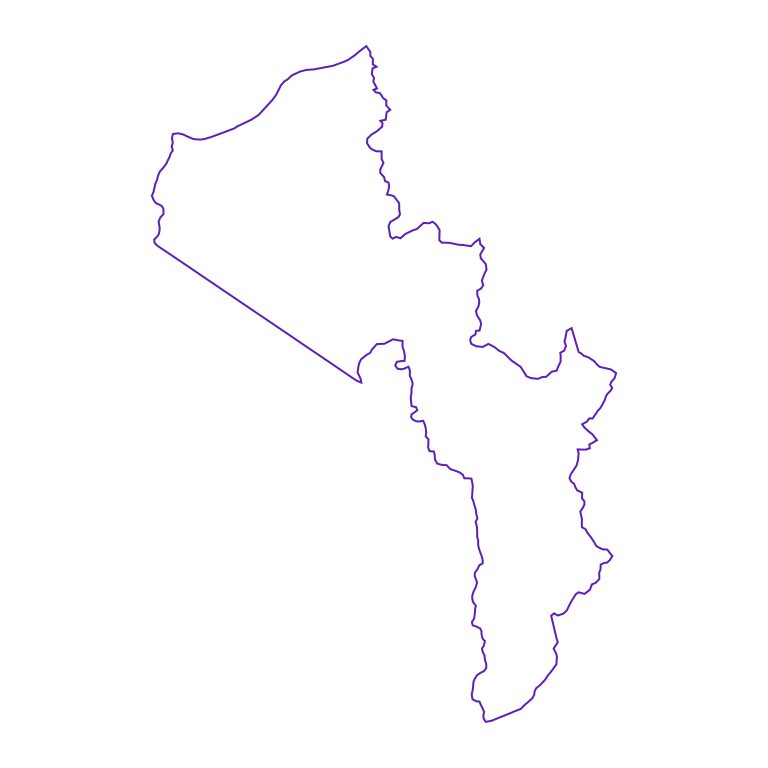 the district of Aragominas, Tocantins, Brazil
{"feature_id": "56859067B19572205876105", "entity_name": "Aragominas", "entity_type": "district", "adm_level": 2, "iso_a3": "BRA", "parent_name": "Brazil", "parent_adm1": "Tocantins", "projection": "mercator", "projection_center": [-48.592, -6.989], "detail": "fine", "context": "isolated", "style": "outline", "palette": "violet", "viewbox_px": 768, "rotation_deg": 0, "n_neighbors": 0, "source": "geoboundaries", "source_scale": "gbopen_adm2", "svg_char_len": 5401}
<svg xmlns="http://www.w3.org/2000/svg" viewBox="0 0 768 768"><path d="M173.0,134.0L171.9,138.2L172.8,142.9L171.7,146.5L172.8,150.4L170.7,153.5L169.4,157.3L168.0,160.0L166.5,163.4L163.4,167.6L159.8,171.6L157.9,176.2L157.1,179.6L155.5,183.4L154.5,187.5L153.6,191.5L151.9,195.8L153.4,199.6L156.0,203.2L159.0,204.5L161.6,205.9L163.4,208.7L163.5,214.1L160.4,217.3L158.6,221.8L159.6,227.1L159.5,231.1L158.6,234.6L156.5,237.3L154.2,239.6L154.6,242.9L157.2,245.6L186.1,265.1L193.8,270.3L201.7,275.7L209.5,281.0L256.0,312.5L261.2,316.0L293.0,337.5L306.3,346.6L314.8,352.3L335.6,366.4L351.7,377.4L356.7,380.7L361.3,382.6L360.6,378.9L359.4,376.1L357.6,372.6L358.4,366.5L359.3,362.8L361.1,359.3L363.7,357.2L366.3,355.1L370.2,352.8L372.0,349.5L374.6,346.6L376.8,344.1L380.4,343.9L384.5,343.8L388.2,341.8L393.1,339.3L398.4,340.4L402.6,340.9L402.5,346.4L404.1,351.6L404.9,356.3L404.6,360.8L400.8,361.2L396.9,361.8L395.2,365.6L397.6,368.7L401.2,369.3L404.3,368.6L408.5,366.7L409.9,370.5L409.8,375.8L411.5,379.5L412.7,383.9L411.5,388.4L411.5,392.9L410.7,397.4L411.1,401.4L411.6,406.1L416.1,407.2L417.3,410.2L414.5,412.4L411.6,414.2L411.1,417.2L412.8,419.6L416.1,421.3L419.4,421.5L423.1,420.8L424.5,423.7L425.7,427.8L426.2,432.4L425.7,436.4L428.4,439.2L428.4,444.0L428.1,447.4L429.5,451.2L433.9,451.5L434.7,455.1L435.0,459.7L437.3,463.6L441.4,464.8L446.7,465.2L450.2,469.0L454.5,470.5L459.2,472.2L462.8,474.7L464.3,478.3L467.7,478.3L471.4,478.6L472.1,482.0L472.8,485.9L472.5,489.6L472.3,493.8L471.9,497.6L473.3,501.0L474.5,505.6L475.8,509.7L476.3,514.1L477.4,518.5L475.6,521.8L476.9,526.6L477.2,532.0L477.2,537.2L478.2,540.1L478.1,543.2L478.4,546.3L479.5,550.4L481.4,555.3L482.6,559.7L482.7,563.4L479.5,565.1L477.4,569.2L474.8,572.9L474.7,575.9L475.8,579.0L477.1,582.5L475.8,587.0L473.7,591.3L472.6,594.3L472.1,597.6L472.9,601.7L475.8,605.8L475.1,609.2L474.8,613.8L474.1,618.6L471.9,622.0L472.7,625.3L476.5,626.6L480.2,628.5L481.5,631.3L481.6,634.7L482.6,638.7L484.9,641.1L483.8,645.7L482.0,648.5L482.6,651.8L484.4,655.0L484.9,659.6L486.2,664.0L486.3,668.1L483.8,671.2L480.2,673.0L476.9,675.4L474.7,678.9L473.5,681.7L473.2,685.6L472.7,690.1L471.7,694.3L472.5,699.2L476.4,701.3L479.5,701.6L480.7,704.6L482.6,708.3L484.1,711.9L483.4,715.2L483.6,718.5L485.8,721.9L491.7,720.7L515.0,711.2L521.0,708.8L524.1,705.4L528.3,701.9L532.4,698.2L534.2,694.8L534.6,691.5L536.1,688.3L539.8,685.4L543.0,682.0L545.2,679.6L547.6,675.9L550.2,672.7L552.6,669.6L556.4,664.2L556.9,656.6L556.2,653.7L553.6,648.5L557.8,642.3L556.4,637.9L554.0,627.6L551.2,615.7L554.1,613.4L557.9,615.5L563.4,613.6L566.7,610.6L568.7,606.5L570.5,602.9L572.7,599.1L575.9,594.2L578.6,592.3L584.6,593.9L590.0,589.6L591.9,584.4L595.7,582.8L599.3,579.0L599.3,576.0L599.2,572.7L600.5,569.2L600.7,564.6L604.1,563.0L607.2,562.5L609.8,560.1L612.4,556.0L609.9,553.0L607.3,549.6L602.6,549.3L599.0,547.6L596.3,546.0L594.2,542.2L591.1,537.5L587.5,532.9L585.4,529.1L582.0,527.3L581.8,523.1L582.0,519.4L580.3,511.5L582.8,507.9L584.5,504.3L584.3,501.2L582.0,498.2L582.2,492.7L577.3,490.4L575.4,487.3L574.2,483.9L571.3,481.7L569.5,478.3L570.3,475.4L571.9,472.6L573.7,469.9L576.6,465.4L578.1,459.7L578.6,453.5L577.7,449.4L582.7,449.6L585.9,449.6L589.8,448.3L589.3,444.5L593.0,442.6L596.9,440.2L594.3,436.8L592.4,434.3L588.5,431.3L584.6,427.7L582.1,424.3L586.9,421.6L589.2,418.4L592.6,418.5L595.7,413.9L597.6,411.0L600.5,407.9L602.6,404.2L604.9,399.8L605.7,396.8L607.3,394.0L610.6,390.7L612.2,388.0L610.2,384.7L611.4,381.8L614.6,378.1L616.1,373.1L611.0,369.5L605.5,368.2L599.7,366.9L597.4,364.9L594.0,361.0L588.2,357.2L583.8,355.8L581.6,353.7L578.7,352.1L571.6,328.1L566.7,330.9L565.5,337.5L564.5,341.5L566.0,346.1L564.1,350.7L560.3,352.8L560.7,356.0L560.6,361.6L557.8,367.5L556.7,370.6L551.6,371.8L546.2,376.8L542.4,377.0L538.1,378.8L530.8,378.1L526.5,376.2L520.8,367.0L511.5,360.5L504.0,353.1L499.3,350.9L494.2,346.9L488.3,343.9L482.9,346.9L476.3,346.3L471.1,343.7L470.2,339.9L471.2,337.0L475.4,334.4L476.0,330.8L479.5,330.6L481.1,324.3L480.3,320.6L476.9,315.2L476.0,310.8L478.4,306.6L479.3,302.4L479.0,299.2L477.4,295.5L477.2,290.7L481.0,288.6L483.2,285.3L481.9,280.6L482.9,277.8L484.8,273.0L486.5,269.6L485.8,264.1L480.8,258.3L480.3,254.4L484.1,247.9L480.3,244.2L479.5,238.8L474.8,242.3L471.1,246.2L463.0,245.0L459.0,244.8L455.5,244.1L450.0,242.9L445.6,242.7L441.9,242.7L439.3,240.2L439.6,230.1L437.4,226.5L435.2,223.6L432.4,221.8L429.0,223.3L423.6,222.9L416.9,229.0L413.0,230.3L405.4,233.9L400.4,238.3L396.2,236.9L392.6,238.6L390.2,236.4L388.6,226.2L390.2,222.1L398.4,217.1L400.0,214.3L399.2,209.6L399.2,203.3L394.0,196.3L390.9,195.2L386.9,194.5L388.3,190.7L389.2,185.7L388.4,182.4L385.0,181.1L384.2,177.2L380.4,173.1L380.2,169.7L383.5,162.8L381.6,159.2L381.6,151.4L376.5,151.3L372.9,149.9L370.0,147.8L367.1,143.4L367.3,138.7L371.2,134.8L377.2,131.0L382.2,126.6L382.5,123.1L380.4,120.8L385.7,119.7L386.7,112.2L390.2,109.8L386.2,105.4L386.4,100.4L383.2,98.2L381.6,95.6L379.9,93.1L375.7,92.3L373.5,89.8L377.0,88.5L373.3,81.5L374.1,78.2L371.8,74.0L372.6,68.3L376.5,66.8L372.8,64.3L372.9,58.7L370.3,55.9L370.4,52.1L366.3,46.1L360.5,50.5L355.0,55.1L348.3,59.8L344.2,61.7L332.9,65.8L313.9,69.4L306.6,69.9L300.2,71.5L292.1,75.3L287.2,79.7L284.4,81.3L280.8,85.5L276.4,94.4L272.7,99.6L258.8,114.8L251.4,119.7L237.2,126.4L234.4,128.4L212.1,136.7L204.6,139.0L200.6,139.6L193.4,139.1L186.1,135.9L183.0,134.4L178.0,133.3L173.0,134.0Z" fill="none" stroke="#5b21b6" stroke-width="2"/></svg>